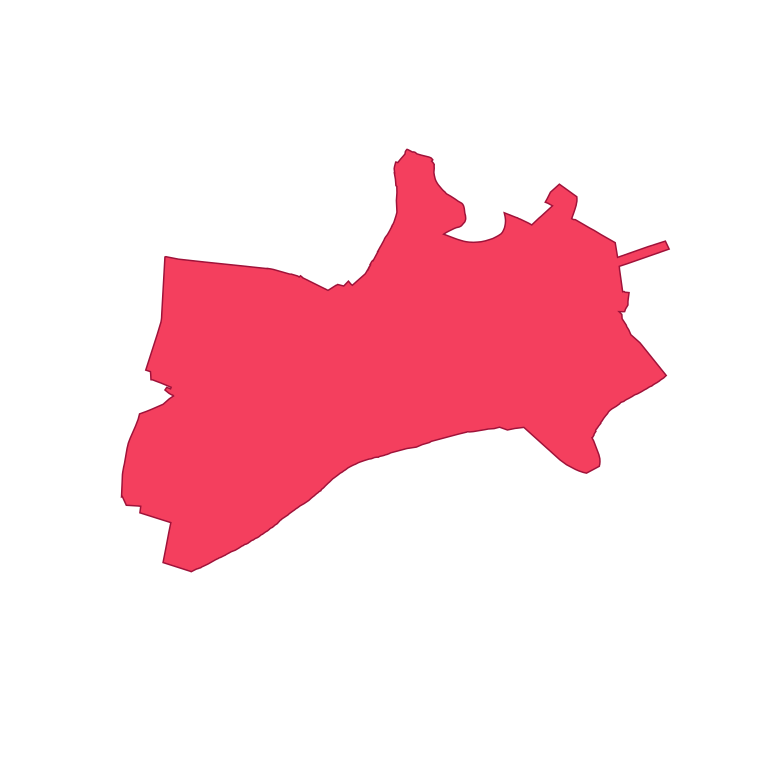 the district of Ventspils, Ventspils, Latvia, rotated 205°
{"feature_id": "27541924B34686521440656", "entity_name": "Ventspils", "entity_type": "district", "adm_level": 2, "iso_a3": "LVA", "parent_name": "Latvia", "parent_adm1": "Ventspils", "projection": "robinson", "projection_center": [21.593, 57.409], "detail": "fine", "context": "isolated", "style": "filled", "palette": "rose", "viewbox_px": 768, "rotation_deg": 205, "n_neighbors": 0, "source": "geoboundaries", "source_scale": "gbopen_adm2", "svg_char_len": 6147}
<svg xmlns="http://www.w3.org/2000/svg" viewBox="0 0 768 768"><g transform="rotate(205 384 384)"><path d="M347.4,590.0L345.0,586.9L343.6,584.7L342.8,583.2L341.7,580.3L341.1,577.9L340.8,576.4L340.7,573.9L340.8,571.6L341.4,569.5L343.0,566.9L344.3,565.1L346.9,561.8L348.8,560.0L352.7,556.5L356.2,553.9L359.1,552.2L362.8,550.2L366.7,548.6L369.5,547.7L372.0,547.1L375.2,546.6L378.8,546.1L382.3,545.8L393.2,545.0L391.7,547.5L389.4,550.5L386.1,554.6L384.5,556.3L382.2,558.1L381.7,558.7L380.7,560.1L379.9,563.0L379.5,564.3L379.3,565.1L379.3,565.7L379.5,567.2L379.7,568.1L380.3,569.3L381.3,571.0L382.8,572.8L383.4,573.7L385.3,576.8L386.3,578.1L387.1,579.0L387.8,579.6L388.9,580.3L390.1,580.7L394.0,581.0L397.8,581.7L403.0,582.4L407.9,582.8L410.0,583.8L411.9,584.3L413.9,585.1L419.0,587.5L420.5,588.4L422.2,589.6L423.3,590.5L424.4,591.6L426.6,594.4L428.2,596.8L429.6,600.6L430.8,602.9L431.2,604.1L432.3,604.9L433.9,605.7L435.0,606.1L434.5,607.4L434.6,607.9L436.9,608.8L439.2,608.7L446.8,607.2L451.3,606.5L453.7,607.1L455.1,606.9L456.2,606.3L458.8,606.4L461.1,606.5L462.3,606.4L462.5,606.0L462.9,603.9L462.3,601.6L462.2,601.1L462.3,600.9L463.0,598.3L463.9,595.3L465.1,590.5L467.1,590.2L467.1,589.7L466.3,585.3L465.8,583.5L463.5,579.7L463.8,579.6L460.3,574.6L457.0,568.8L455.9,568.5L453.1,562.8L450.3,555.5L445.2,545.8L444.8,544.9L444.2,541.4L443.6,536.7L443.4,534.9L443.4,532.2L443.6,531.8L443.6,529.9L443.4,529.9L443.6,527.6L443.6,526.1L444.0,521.0L444.7,517.8L444.9,516.1L444.8,514.3L445.2,507.7L445.3,507.2L445.7,501.5L445.4,501.6L445.9,492.7L446.0,491.1L446.5,491.1L446.9,489.6L447.1,486.1L446.5,486.1L446.7,483.9L446.9,483.9L447.0,482.2L446.7,482.2L446.8,480.4L447.1,480.4L447.4,477.1L447.6,475.8L451.8,466.2L454.4,460.1L456.4,460.6L459.7,462.2L461.9,455.8L468.1,454.6L468.9,453.2L469.2,453.2L474.3,445.2L502.5,445.9L502.7,446.1L505.4,446.8L506.1,445.1L507.8,445.4L514.5,444.4L515.7,443.8L532.5,441.1L535.0,440.5L538.5,439.5L538.4,439.3L554.4,433.8L560.6,431.7L597.9,418.8L623.0,410.3L635.5,407.2L636.2,406.5L614.8,353.0L613.5,349.9L612.8,347.7L612.3,345.8L610.5,333.3L605.8,295.9L600.9,296.5L599.6,294.3L597.0,289.4L595.3,290.0L591.9,290.2L587.0,290.6L575.5,291.1L575.4,289.4L579.5,289.1L580.0,286.0L578.1,285.5L574.9,284.7L571.6,284.4L571.0,284.6L570.6,284.6L569.7,284.2L572.3,279.9L575.6,272.3L583.8,263.0L587.7,258.8L592.9,253.6L591.9,248.1L591.4,240.8L591.1,227.5L590.9,224.6L590.7,222.2L590.1,219.4L589.7,217.3L585.5,201.8L584.9,198.9L583.5,193.6L582.8,191.4L579.6,183.8L574.2,170.8L573.7,171.5L566.3,165.2L555.4,169.5L552.8,170.4L550.8,164.1L518.6,168.3L516.2,158.2L512.3,142.9L508.8,128.8L489.9,131.2L482.7,132.1L480.5,132.4L479.4,132.4L475.8,137.0L474.3,138.3L473.9,138.7L473.7,139.1L472.9,139.6L472.2,140.4L472.0,141.0L470.8,142.4L467.4,146.5L462.5,153.4L461.4,154.8L460.8,155.4L460.1,156.5L459.8,156.9L458.8,157.8L458.3,158.4L456.6,160.6L455.6,161.7L455.1,162.6L451.6,167.4L448.5,170.6L446.1,174.1L444.4,176.9L443.1,178.4L442.7,179.4L442.5,179.7L441.4,180.5L440.0,182.2L439.7,182.7L439.5,183.3L439.0,184.0L438.0,185.9L437.4,186.7L436.7,187.3L436.2,188.1L435.3,189.7L434.8,190.2L434.1,190.9L433.1,192.3L432.6,193.2L432.1,194.3L431.7,195.2L431.1,196.0L430.7,196.4L428.8,199.9L427.6,201.5L426.5,203.8L426.3,204.4L426.1,204.9L425.8,205.4L424.5,207.0L424.4,207.4L423.9,208.2L423.6,209.1L423.2,210.0L422.8,210.7L422.0,211.8L421.8,212.3L421.6,212.6L421.5,212.8L421.5,213.4L420.7,215.6L420.6,216.4L419.9,217.4L419.5,218.5L419.0,219.4L417.8,221.3L417.0,222.7L416.5,223.4L416.2,224.0L415.7,224.7L415.6,225.1L415.2,226.1L414.7,227.1L412.8,230.5L411.9,232.0L411.2,233.5L410.7,234.3L410.2,235.0L408.5,238.2L405.9,241.8L402.9,246.8L401.7,249.8L400.7,251.9L400.3,252.6L399.7,253.8L399.6,254.3L399.1,255.2L398.9,255.9L397.9,257.6L397.6,258.5L397.1,259.4L396.1,260.7L396.2,261.6L396.0,262.2L395.1,264.0L394.7,265.0L394.2,266.6L392.8,270.3L391.9,272.3L390.8,275.3L390.4,276.4L389.4,278.1L386.9,282.8L386.1,284.5L384.6,286.6L383.8,288.2L382.6,290.0L381.3,292.6L380.1,294.3L378.4,296.5L377.1,298.1L376.2,299.0L375.7,299.6L374.2,301.6L372.9,303.0L369.4,306.4L365.9,309.6L364.5,310.5L363.6,311.2L361.5,313.4L359.8,314.5L358.1,315.3L357.7,316.1L357.1,316.7L354.4,318.8L353.4,319.7L352.8,320.4L351.4,321.5L349.7,323.3L348.9,324.4L336.0,335.2L328.0,340.5L323.7,345.3L318.1,350.2L316.9,352.0L295.3,370.1L288.8,375.3L288.2,376.0L286.1,376.8L282.8,378.7L273.2,385.3L270.6,387.2L265.2,390.2L264.3,391.0L261.0,393.7L252.7,394.5L246.5,399.1L238.9,403.8L192.5,389.6L184.5,388.0L174.5,387.5L170.6,387.6L166.0,388.1L162.8,388.8L154.1,400.4L154.1,400.6L154.3,401.0L154.5,402.3L155.4,404.8L156.8,407.5L159.4,410.8L169.9,421.0L171.3,422.1L171.5,422.1L172.8,423.3L172.4,423.8L172.3,424.5L172.1,426.5L172.3,427.0L172.4,427.4L172.1,429.9L171.9,430.5L172.2,430.7L172.5,431.2L172.6,431.6L172.6,432.5L172.3,433.3L171.8,436.0L171.8,436.4L170.9,440.0L171.3,440.3L170.8,442.7L170.4,445.8L169.7,448.9L169.2,450.6L168.9,451.8L168.8,453.3L168.6,454.1L168.0,455.7L167.0,457.7L165.3,460.2L164.2,461.8L162.2,465.4L161.6,467.3L161.0,468.0L159.3,469.6L158.7,470.9L157.4,472.8L156.4,474.0L153.7,477.7L152.5,479.7L151.6,480.8L150.6,481.7L149.9,482.5L147.5,485.7L145.3,489.0L144.1,490.5L142.3,493.4L141.7,494.2L141.2,494.6L141.0,494.8L140.1,496.0L139.9,496.4L139.7,497.1L138.7,498.5L138.4,499.0L138.1,499.4L137.2,500.6L136.3,502.1L135.8,502.9L135.5,503.5L135.2,504.3L134.4,505.6L133.4,507.2L133.1,507.7L132.3,509.8L131.8,511.0L169.4,529.5L181.1,533.0L184.9,536.4L188.6,538.8L189.1,539.6L195.8,543.8L197.8,547.5L201.6,548.9L197.6,550.7L196.5,551.3L196.8,554.0L196.3,558.7L197.7,561.7L198.5,564.0L200.5,570.4L202.8,569.6L204.3,569.0L205.4,569.3L206.7,568.5L218.9,587.3L220.5,590.1L214.5,595.7L182.6,626.8L189.4,632.4L202.9,619.9L225.8,597.5L234.2,609.8L250.3,611.1L258.4,612.0L263.6,612.3L280.1,613.8L281.8,613.1L283.8,613.2L284.4,619.6L284.8,623.2L285.4,627.3L286.0,629.4L286.3,630.8L286.6,631.6L287.5,633.6L288.4,635.2L293.3,636.1L295.3,636.5L309.5,639.2L314.2,628.2L314.4,620.8L314.7,616.9L311.8,617.1L306.6,616.7L312.5,602.4L313.7,599.8L317.3,590.6L320.9,590.9L329.9,591.0L330.8,591.0L331.1,590.8L333.3,591.0L334.4,590.8L347.4,590.0Z" fill="#f43f5e" stroke="#9f1239" stroke-width="1.5"/></g></svg>